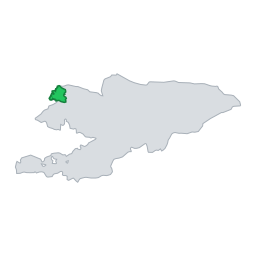 Kara-Buura, Talas, Kyrgyzstan shown in context
{"feature_id": "92254566B426760339641", "entity_name": "Kara-Buura", "entity_type": "district", "adm_level": 2, "iso_a3": "KGZ", "parent_name": "Kyrgyzstan", "parent_adm1": "Talas", "projection": "equal_earth", "projection_center": [71.131, 42.476], "detail": "fine", "context": "in_parent", "style": "filled", "palette": "green", "viewbox_px": 256, "rotation_deg": 0, "n_neighbors": 0, "source": "geoboundaries", "source_scale": "gbopen_adm2", "svg_char_len": 5323}
<svg xmlns="http://www.w3.org/2000/svg" viewBox="0 0 256 256"><path d="M51.2,154.1L51.8,153.7L54.0,153.2L58.3,152.8L59.8,153.1L62.8,154.9L65.0,154.7L65.5,154.9L66.3,156.4L69.5,154.2L71.7,153.6L72.9,151.3L75.3,148.7L77.4,148.3L77.5,148.7L77.9,149.1L80.0,149.7L80.7,149.0L81.0,148.0L80.2,146.5L80.2,145.9L80.9,144.9L84.3,146.4L85.1,146.3L86.6,145.5L88.0,144.1L88.5,143.0L95.5,139.3L96.0,138.6L95.9,138.2L92.9,137.3L91.6,137.8L90.4,137.8L89.7,137.3L86.1,137.0L85.3,136.7L83.0,134.0L80.0,132.4L78.6,132.5L76.9,133.2L76.4,132.8L76.3,130.4L75.9,128.9L74.9,128.5L73.6,129.1L70.1,128.3L69.6,125.2L68.3,122.4L66.4,121.3L66.3,119.7L65.7,119.0L65.1,119.2L64.4,120.0L64.7,121.8L64.5,123.7L64.0,124.6L63.2,125.3L62.3,125.3L60.7,124.4L60.4,129.9L60.1,130.2L58.2,129.4L56.6,129.8L54.3,129.4L52.6,128.5L49.2,127.5L47.6,126.5L46.6,122.8L45.7,121.5L44.8,121.2L41.2,122.5L37.5,120.2L35.7,119.7L35.2,119.0L35.3,118.2L40.9,114.1L43.1,111.3L44.5,110.1L48.0,108.8L48.8,106.2L49.1,105.9L52.7,104.7L56.7,102.4L56.8,101.8L56.4,101.2L52.8,99.2L51.0,100.1L49.9,98.9L49.9,97.7L51.1,95.6L52.1,94.5L52.5,92.5L54.0,91.1L55.5,89.0L57.3,87.2L60.6,85.9L62.5,86.3L64.3,86.0L67.0,85.0L68.6,84.9L75.7,86.5L78.0,86.6L83.4,88.7L87.7,89.8L89.8,91.8L96.6,92.7L98.5,93.3L99.2,94.3L101.1,95.6L102.8,95.8L101.3,90.9L101.8,88.0L103.9,80.1L105.0,78.9L110.5,76.7L111.8,75.0L115.8,75.1L116.6,74.8L117.0,73.8L129.5,80.8L134.2,82.7L140.7,84.5L146.1,85.1L147.1,84.7L149.2,82.0L150.2,81.8L163.8,82.3L173.5,80.9L174.9,81.0L178.5,82.5L190.0,82.9L194.5,83.9L201.7,83.6L204.7,83.8L210.2,85.7L212.1,86.1L215.7,86.4L217.0,86.1L217.8,86.6L218.7,89.0L222.2,92.2L223.5,93.9L224.8,94.6L231.2,95.1L233.6,95.7L239.7,101.7L240.6,105.1L240.1,105.9L233.8,106.3L232.4,106.9L231.0,109.4L222.8,112.6L221.5,112.5L210.5,118.5L202.9,123.6L202.6,126.0L198.3,131.5L194.9,132.2L192.0,132.0L187.2,133.7L181.1,133.2L179.0,133.3L175.0,132.5L173.3,132.9L171.7,134.0L169.4,138.4L168.5,139.5L168.1,140.5L167.7,142.6L166.9,144.9L165.0,148.4L163.3,150.0L161.7,151.0L160.4,148.9L158.4,150.4L156.4,150.1L155.2,150.5L152.5,152.4L148.5,152.3L148.1,151.7L147.2,146.6L146.4,144.2L145.8,143.6L145.1,143.6L139.4,147.6L136.8,148.3L134.6,148.4L131.7,147.2L131.1,147.5L130.6,148.1L130.4,149.0L131.3,151.2L131.0,151.7L129.7,151.6L127.9,152.2L122.5,156.9L119.0,158.1L115.8,158.6L113.8,159.4L112.8,161.2L110.7,166.0L110.8,167.0L111.7,168.3L112.4,171.3L112.3,172.0L110.5,174.5L108.3,175.2L106.6,175.6L103.2,175.3L101.5,175.7L98.4,177.6L95.8,178.0L90.9,178.0L86.0,177.3L84.4,177.5L80.2,178.6L78.7,180.4L78.0,181.9L77.6,182.2L75.8,180.7L73.6,178.2L72.6,178.3L68.7,180.3L68.2,180.2L67.1,179.5L67.2,176.3L66.0,175.6L63.3,175.5L62.4,174.8L62.7,172.7L62.4,171.9L61.8,171.4L60.4,171.5L57.7,173.2L54.5,173.8L53.4,174.4L52.1,176.6L47.8,177.1L46.5,176.6L43.9,172.4L41.7,171.8L39.4,172.0L36.4,173.0L35.6,172.1L34.8,171.9L34.1,172.6L30.4,172.7L26.6,172.6L24.4,172.1L23.0,172.2L20.2,173.3L16.7,173.5L16.4,169.7L15.4,167.1L16.4,162.8L17.0,161.4L19.6,163.0L20.5,162.8L20.8,161.9L20.4,160.0L21.7,157.9L30.7,155.1L40.7,159.2L42.0,161.9L42.9,161.8L44.3,160.6L44.7,158.3L46.6,157.0L50.9,155.5L51.2,154.1ZM56.3,163.5L56.5,163.1L55.7,161.1L56.7,159.3L54.7,159.0L53.7,158.4L52.5,156.5L52.1,156.4L51.5,157.0L51.2,158.2L51.5,159.5L52.9,160.8L52.3,163.4L55.3,163.7L56.3,163.5ZM45.8,165.3L45.8,164.8L45.1,164.5L41.3,163.8L41.5,164.3L42.9,166.3L44.0,166.4L45.8,165.3ZM68.1,161.9L68.3,160.7L66.1,161.4L65.9,162.0L66.6,162.8L67.6,163.1L68.1,161.9Z" fill="#d9dde1" stroke="#a8b0b8" stroke-width="1"/><path d="M65.3,89.6L63.7,88.9L61.4,87.7L59.6,85.8L59.4,85.9L59.2,85.9L58.9,85.7L58.0,86.0L57.9,86.0L57.7,86.1L57.4,86.2L57.4,86.3L57.5,86.3L57.5,86.5L57.6,86.8L57.6,87.0L57.4,87.1L57.5,87.2L57.5,87.3L57.4,87.3L57.3,87.5L57.2,87.5L57.1,87.8L56.9,87.9L56.9,88.0L56.7,88.2L56.6,88.3L56.5,88.5L56.4,88.5L56.2,88.7L55.9,88.7L55.7,88.8L55.7,89.0L55.8,89.1L55.7,89.2L55.7,89.3L55.8,89.4L55.8,89.5L55.7,89.7L55.8,89.8L55.7,90.0L55.7,90.3L55.8,90.3L55.7,90.3L55.7,90.5L55.5,90.8L55.4,90.8L55.4,91.0L55.3,90.9L55.3,90.7L55.2,90.6L54.9,90.7L54.6,90.7L54.1,90.8L53.9,90.8L53.7,90.8L53.2,90.8L52.9,90.8L52.7,90.9L52.4,91.0L52.1,91.1L52.1,91.5L52.1,91.8L52.2,92.0L52.4,92.1L52.7,92.3L53.0,92.5L53.9,93.8L53.7,94.1L52.3,93.7L51.7,93.5L51.6,93.8L51.5,94.0L51.4,94.2L51.4,94.3L51.3,94.5L51.2,94.5L51.2,94.9L51.1,95.0L51.1,95.3L50.8,95.5L50.7,95.6L50.8,95.8L51.0,95.9L51.2,96.0L50.8,96.2L50.7,96.3L50.7,96.5L50.5,96.8L50.4,96.8L50.2,97.0L49.9,97.0L49.8,97.3L49.7,97.5L49.8,97.8L49.7,97.9L49.6,98.0L49.3,98.2L49.4,98.3L49.4,98.5L49.4,98.8L49.5,99.0L49.9,99.2L49.9,99.3L49.9,99.5L50.1,99.8L50.2,99.7L50.3,99.8L50.4,99.7L50.5,99.6L50.9,99.6L51.0,99.7L51.1,99.8L51.3,99.9L51.5,99.9L51.7,100.0L51.8,100.0L52.0,99.9L52.2,99.7L52.2,99.4L52.3,99.3L52.4,99.2L52.5,99.1L52.6,98.9L52.8,99.0L52.8,98.9L52.9,99.0L53.0,99.0L53.2,98.9L53.4,98.9L53.4,99.0L53.5,99.0L53.9,99.2L54.0,99.2L54.1,99.3L54.3,99.4L54.5,99.3L54.6,99.2L54.8,99.2L54.8,99.3L54.9,99.5L55.0,99.5L55.3,99.8L55.5,99.9L55.5,100.0L55.8,100.1L55.9,100.3L56.0,100.3L56.1,100.2L56.2,100.3L56.3,100.4L56.3,100.5L56.2,100.7L56.3,100.7L56.3,100.8L56.5,100.8L56.7,100.7L56.8,100.7L57.1,100.8L57.5,100.5L59.1,100.4L61.0,101.6L64.3,102.4L65.8,102.0L65.8,100.7L65.4,99.6L66.3,98.4L65.7,97.1L64.5,96.6L63.7,95.5L63.8,94.5L64.8,94.3L64.4,93.2L65.7,92.0L65.6,90.8L65.3,89.6Z" fill="#22c55e" stroke="#15803d" stroke-width="1.5"/></svg>